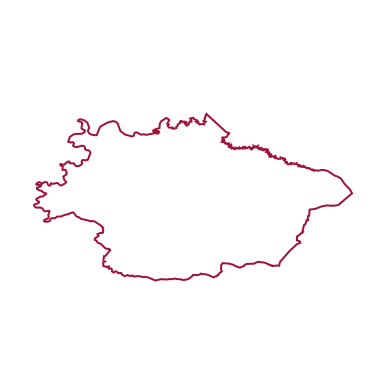 the district of Renu Nakhon, Nakhon Phanom, Thailand, rotated 82°
{"feature_id": "78962969B93131496494320", "entity_name": "Renu Nakhon", "entity_type": "district", "adm_level": 2, "iso_a3": "THA", "parent_name": "Thailand", "parent_adm1": "Nakhon Phanom", "projection": "equal_earth", "projection_center": [104.629, 17.057], "detail": "fine", "context": "isolated", "style": "outline", "palette": "rose", "viewbox_px": 384, "rotation_deg": 82, "n_neighbors": 0, "source": "geoboundaries", "source_scale": "gbopen_adm2", "svg_char_len": 6067}
<svg xmlns="http://www.w3.org/2000/svg" viewBox="0 0 384 384"><g transform="rotate(82 192 192)"><path d="M197.3,45.1L195.7,48.3L190.2,54.5L188.9,57.5L188.2,59.9L188.5,64.2L187.9,65.3L187.8,68.4L187.1,68.4L187.1,69.2L186.6,69.3L186.6,70.7L184.8,72.2L185.1,73.1L184.2,73.9L184.3,75.0L183.0,76.9L182.5,76.8L182.6,78.1L182.0,78.1L182.5,78.8L181.8,79.4L182.3,79.8L181.8,81.4L180.9,81.3L181.1,82.7L180.2,82.2L179.4,84.1L177.9,84.3L178.8,86.4L177.9,87.2L178.0,89.0L177.3,89.0L177.0,89.7L177.1,90.4L177.9,90.4L177.5,90.9L178.0,92.8L177.2,93.9L176.4,94.1L176.0,93.1L175.9,94.9L175.3,94.4L175.1,95.1L174.1,95.6L173.5,95.3L173.4,96.0L172.6,95.1L172.0,95.3L172.2,96.1L171.4,96.7L171.7,97.4L171.0,97.7L171.1,98.8L170.2,99.5L171.4,99.9L171.1,102.6L169.6,104.7L169.9,105.2L169.5,105.5L168.4,104.1L167.7,104.5L168.4,105.9L168.0,107.5L167.1,108.1L167.3,108.7L168.2,109.0L167.8,110.4L166.4,110.0L165.6,108.9L165.2,110.2L165.9,110.5L165.5,111.1L164.5,111.4L164.7,109.9L163.5,110.0L162.9,112.4L162.1,111.2L161.0,111.0L161.4,112.6L160.1,112.2L160.1,113.2L159.6,113.6L159.9,114.8L160.7,115.0L160.6,116.0L160.2,116.6L159.0,116.1L157.9,117.1L158.1,117.9L159.2,117.9L159.2,119.4L158.1,119.4L157.9,120.4L157.0,120.1L156.9,121.2L155.8,120.7L156.2,121.6L155.8,122.4L156.1,123.0L155.2,124.1L156.4,123.8L156.1,125.2L157.1,125.3L157.2,126.0L158.2,126.9L157.8,127.8L156.7,127.3L156.4,128.3L155.3,128.8L155.4,129.8L156.2,130.7L156.0,132.4L155.3,132.7L156.0,133.3L154.8,134.0L155.8,135.0L154.8,135.5L155.9,136.5L155.2,137.2L155.8,138.7L155.7,139.3L154.6,139.3L155.3,140.3L154.4,141.8L155.2,142.5L154.3,143.1L155.4,144.0L154.3,144.8L154.6,146.5L153.5,147.5L153.2,146.9L152.9,147.9L151.9,146.7L150.7,146.6L152.0,149.3L151.4,149.4L150.9,148.5L150.0,148.7L149.5,150.2L149.0,149.3L148.5,152.5L148.2,152.7L147.9,152.1L146.8,153.5L146.8,154.3L146.3,154.0L146.2,154.9L145.5,153.7L145.9,153.0L145.0,152.7L143.9,154.2L144.2,154.6L142.3,154.4L142.6,152.4L142.1,149.7L140.1,148.6L140.0,147.7L138.8,147.0L137.2,150.0L116.7,166.9L117.6,167.8L119.4,168.0L120.3,169.1L121.1,168.9L122.6,169.7L123.2,170.7L124.3,168.7L125.4,170.5L126.7,170.8L126.2,171.7L126.2,175.0L125.4,175.2L125.1,176.2L123.1,178.1L123.0,176.3L121.4,177.4L120.2,179.7L118.8,180.2L118.6,181.4L119.1,183.6L120.5,182.6L122.3,182.8L121.8,184.5L124.1,185.5L125.5,187.3L125.4,188.4L124.3,188.6L123.2,189.7L122.4,189.4L122.8,187.7L122.1,187.8L121.3,189.4L121.2,192.3L120.3,192.3L120.0,192.8L120.6,194.0L121.9,194.0L123.0,196.5L124.9,197.3L125.1,198.3L126.6,198.7L126.8,202.1L126.3,202.7L125.5,202.4L125.0,205.9L123.1,206.9L121.9,205.6L121.0,207.0L117.5,204.5L115.6,206.3L115.2,207.3L117.7,212.8L120.4,214.6L124.1,215.2L124.8,219.6L125.7,221.9L126.8,221.7L126.4,219.4L127.0,216.7L128.1,216.2L129.3,217.2L129.2,218.9L127.7,218.3L127.2,218.9L128.7,221.8L129.0,229.6L128.1,231.7L128.2,234.4L125.6,237.9L125.1,239.3L125.4,240.7L128.2,241.9L128.7,243.6L125.8,250.2L121.7,254.4L113.5,256.2L112.0,257.5L110.8,260.3L111.4,265.7L114.3,273.3L115.6,274.6L122.4,278.4L122.3,279.9L121.2,283.6L119.8,285.5L117.9,286.4L116.6,286.4L114.1,284.9L108.8,285.9L106.0,288.7L104.4,292.4L104.7,294.4L106.0,295.0L107.1,292.4L108.4,291.0L113.4,292.6L114.4,292.0L116.1,289.5L117.1,289.6L118.2,290.8L119.0,292.8L118.3,299.4L118.7,301.9L120.5,305.3L125.1,307.6L126.1,305.3L126.1,303.3L126.5,302.4L127.5,302.1L129.5,303.3L131.0,301.8L131.5,299.7L130.8,294.7L131.4,292.6L132.9,291.7L135.0,291.9L136.8,288.0L138.9,287.0L145.5,290.6L145.8,292.9L145.1,295.9L146.5,297.1L148.3,296.8L149.1,297.3L150.1,299.0L150.6,301.6L149.8,303.7L147.2,305.1L146.5,309.1L144.8,309.2L144.7,311.1L147.2,314.8L147.0,316.1L146.2,317.2L146.2,318.5L147.1,318.6L149.0,316.5L152.1,317.1L152.5,314.2L155.5,313.3L157.2,314.0L158.7,317.2L162.0,316.9L164.7,315.2L165.6,316.0L167.3,320.1L167.0,321.7L164.6,323.7L164.2,324.7L164.6,328.1L163.8,330.6L165.7,331.2L165.8,332.6L164.7,333.6L162.4,334.2L161.7,335.6L161.7,336.9L162.9,339.4L160.9,341.6L161.8,344.6L162.6,345.1L163.3,344.5L164.3,340.4L165.3,341.0L166.3,344.9L167.6,345.0L169.3,342.6L170.1,340.6L171.9,339.2L173.1,336.7L173.6,336.6L175.6,340.4L175.6,343.0L177.1,347.1L178.1,347.2L180.3,344.9L180.9,344.9L181.8,346.1L182.4,349.5L183.0,350.3L184.7,349.8L185.7,348.8L186.4,344.1L187.2,342.6L190.4,340.9L190.8,339.6L190.6,336.5L191.2,335.8L194.7,337.5L197.3,337.4L197.9,338.1L199.4,342.4L200.1,342.6L200.8,342.0L201.3,339.8L201.0,337.0L199.2,336.0L198.5,334.8L198.8,331.0L197.6,329.1L198.0,325.2L196.9,320.9L196.7,317.2L195.9,315.3L195.7,312.3L200.1,309.8L201.5,307.2L203.1,305.7L206.0,298.0L206.9,297.1L206.8,295.0L207.7,292.4L212.2,287.3L214.9,285.0L215.3,285.5L217.6,285.2L220.1,286.1L219.8,288.5L220.6,291.5L222.4,290.6L224.5,294.7L225.9,294.9L227.1,293.2L228.9,292.6L230.6,289.6L235.9,285.5L236.6,283.0L237.1,282.6L237.0,281.8L238.2,281.0L243.7,287.2L243.4,288.1L247.1,289.2L248.6,288.9L248.8,288.2L249.6,289.9L252.9,290.1L254.4,286.9L254.1,284.8L256.0,285.3L256.5,284.7L256.2,283.4L256.6,282.5L258.4,282.0L259.4,282.4L260.9,280.7L260.1,279.3L260.0,278.1L262.1,276.3L262.3,273.5L264.2,272.6L266.0,270.4L265.3,267.3L266.5,265.4L266.7,263.5L266.4,262.5L267.7,261.0L267.7,256.9L269.4,252.3L269.4,250.7L270.5,247.3L274.6,240.5L274.0,235.2L275.1,229.3L275.1,225.4L275.6,224.6L275.3,221.1L276.0,219.5L277.1,214.6L277.9,213.3L278.0,211.6L277.7,207.8L275.6,203.9L274.2,202.4L275.0,198.7L274.8,195.9L274.0,194.5L275.0,192.8L275.1,190.6L276.3,187.8L279.6,182.3L278.9,181.3L279.0,179.8L278.0,178.7L277.9,177.4L276.7,176.8L274.7,173.5L272.8,174.0L268.8,173.4L266.7,171.7L268.0,165.5L269.6,161.7L271.6,159.0L273.6,155.1L272.4,150.8L271.5,149.9L270.8,147.8L271.6,140.5L270.3,136.7L272.0,130.1L274.5,125.8L275.1,125.5L275.8,123.0L276.5,122.9L276.6,118.4L277.1,116.0L273.5,114.6L263.7,103.2L258.2,95.3L257.5,91.9L255.9,92.1L254.6,94.8L250.7,94.3L249.0,90.9L248.1,90.0L248.0,88.5L247.2,88.4L246.8,87.4L245.9,87.9L240.2,85.6L239.9,84.6L236.9,82.6L235.9,82.6L235.9,81.0L233.6,80.9L231.9,80.4L231.8,79.3L225.8,78.0L225.9,72.5L224.4,66.0L224.0,61.0L225.3,53.7L225.3,49.0L215.6,33.7L211.6,35.2L205.0,39.9L199.6,42.6L197.3,45.1Z" fill="none" stroke="#9f1239" stroke-width="2"/></g></svg>